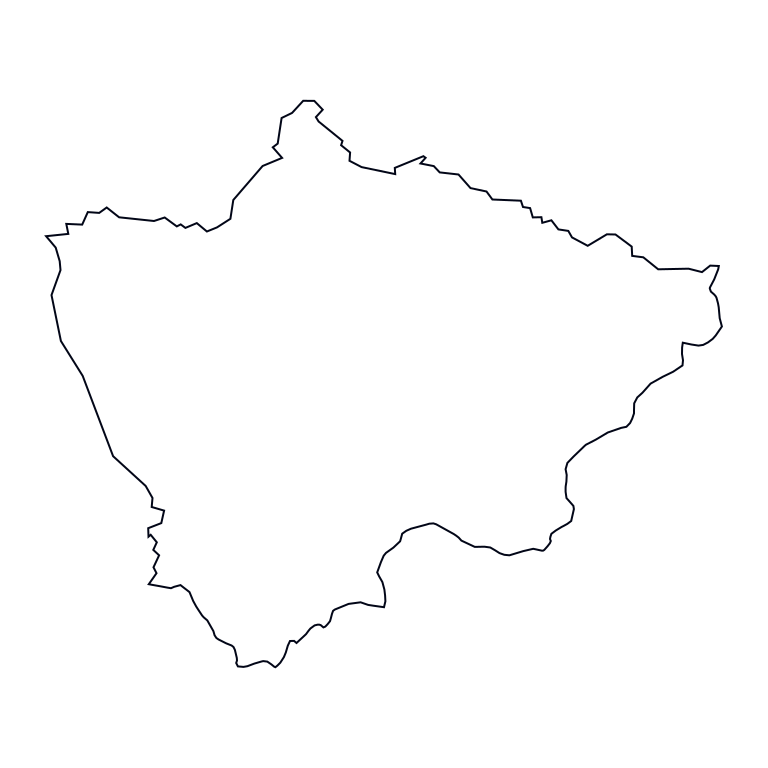 Novatsi, Novaci, North Macedonia
{"feature_id": "65306769B28760853140319", "entity_name": "Novatsi", "entity_type": "district", "adm_level": 2, "iso_a3": "MKD", "parent_name": "North Macedonia", "parent_adm1": "Novaci", "projection": "albers", "projection_center": [21.684, 41.019], "detail": "fine", "context": "isolated", "style": "outline", "palette": "ink", "viewbox_px": 768, "rotation_deg": 0, "n_neighbors": 0, "source": "geoboundaries", "source_scale": "gbopen_adm2", "svg_char_len": 3175}
<svg xmlns="http://www.w3.org/2000/svg" viewBox="0 0 768 768"><path d="M148.8,584.2L151.9,584.8L160.4,586.3L167.3,587.6L171.0,588.2L174.2,586.8L180.5,585.1L182.4,586.6L189.5,592.1L193.2,601.0L196.2,606.5L198.2,609.6L202.1,615.5L203.7,617.3L207.3,620.4L213.4,631.1L214.6,635.3L216.4,638.0L218.6,639.5L226.1,643.3L231.6,645.5L233.5,647.0L234.9,649.9L236.8,657.9L237.0,660.5L236.2,663.0L237.9,666.4L243.5,666.9L247.4,666.2L254.3,663.6L261.5,661.5L263.2,661.1L267.3,661.6L271.4,664.4L274.2,666.7L275.4,667.2L277.4,665.6L280.3,662.7L283.9,657.1L285.8,652.5L287.8,645.7L290.0,641.0L294.1,640.9L296.5,643.0L306.0,634.2L308.5,630.8L310.4,628.5L314.6,625.4L317.5,624.7L319.4,624.7L320.0,624.9L320.7,625.1L323.4,627.4L325.3,626.6L327.5,624.3L330.0,621.2L330.9,618.1L332.0,613.8L333.1,610.8L334.9,609.5L337.6,608.4L348.6,603.9L360.6,602.3L368.1,604.9L373.3,605.7L384.0,607.2L385.4,601.3L385.1,595.6L384.4,589.6L382.4,582.1L379.1,576.3L377.2,572.4L380.9,562.2L383.7,555.7L386.0,552.9L393.4,547.6L400.1,541.3L400.8,538.9L402.2,533.7L406.3,530.8L411.0,528.7L426.3,524.6L429.3,523.7L433.4,523.4L436.2,524.3L449.9,531.9L453.7,534.0L456.1,535.6L458.7,537.6L461.4,540.6L474.8,546.9L484.4,546.7L490.3,547.5L495.1,550.3L499.5,553.1L504.3,554.8L509.4,555.3L523.3,551.1L533.2,548.8L536.1,549.4L542.0,550.7L543.2,550.6L544.3,549.9L547.5,546.3L549.9,543.2L550.8,541.0L550.0,539.0L550.4,536.8L551.4,533.8L555.8,530.5L561.7,526.9L563.3,526.1L567.3,523.9L571.2,521.0L573.9,509.1L573.4,505.9L569.9,501.9L566.5,498.1L565.6,491.8L565.6,487.9L565.7,486.2L566.4,481.7L566.7,475.0L565.6,469.2L567.4,462.9L573.5,456.6L584.7,445.8L586.0,444.7L593.0,441.1L595.3,439.9L595.7,439.7L607.8,432.5L621.1,427.9L626.4,426.8L630.1,423.0L632.2,418.7L634.0,413.4L634.0,410.4L634.2,403.3L637.3,397.4L642.4,392.8L650.6,383.6L662.7,376.8L668.7,373.9L673.2,371.7L682.5,365.4L683.0,360.3L682.0,354.0L682.1,347.6L682.8,342.7L691.4,344.5L698.5,345.6L703.2,344.9L708.0,342.4L712.7,338.9L715.7,335.5L721.9,326.5L719.7,318.2L718.7,307.2L718.0,303.3L716.5,297.8L715.8,296.4L714.2,294.5L710.9,291.6L709.8,288.6L709.9,287.6L714.2,279.4L718.2,269.3L718.8,266.0L710.2,265.6L702.0,272.1L688.6,268.7L658.2,269.3L643.3,257.3L632.2,255.9L631.7,246.6L615.5,234.5L606.9,234.3L587.7,245.8L572.0,237.4L568.3,230.9L558.4,229.4L551.4,220.3L542.3,222.8L541.4,217.2L532.8,217.4L530.1,208.1L523.0,207.0L520.9,200.7L492.4,199.5L486.5,191.5L470.5,188.1L458.5,174.5L439.7,172.4L433.8,166.1L420.5,163.5L425.6,157.8L423.4,156.2L394.8,167.9L395.2,174.1L361.6,167.1L349.5,160.8L350.1,152.5L341.1,145.2L342.5,140.9L318.6,121.5L315.9,117.1L322.7,109.7L314.3,100.9L303.2,100.8L292.1,112.9L281.6,118.0L277.7,143.6L272.8,147.3L282.1,157.9L262.6,166.0L233.3,200.0L230.4,218.8L217.0,227.4L206.9,231.5L196.8,223.1L185.4,227.9L180.7,224.4L176.8,226.4L164.7,217.5L154.0,221.0L119.1,217.3L106.7,207.5L99.2,212.9L87.8,212.1L82.2,224.6L66.3,223.9L68.3,233.9L46.1,236.2L55.7,247.6L59.7,261.2L60.5,270.1L51.5,295.1L60.9,341.0L82.7,375.9L113.1,456.2L145.7,486.0L152.5,498.0L151.7,507.0L164.1,510.6L161.3,523.1L148.2,528.2L148.5,536.7L150.7,534.8L156.8,542.3L153.3,549.9L159.1,555.3L153.5,567.3L156.5,573.2L148.8,584.2Z" fill="none" stroke="#020617" stroke-width="2"/></svg>